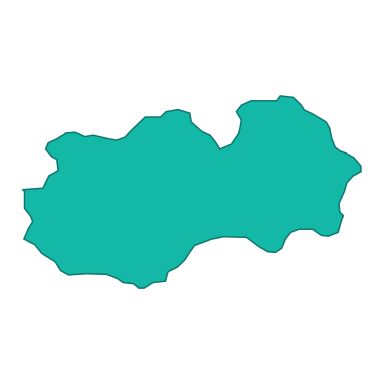 Tingsryd, Kronoberg, Sweden (Natural Earth projection)
{"feature_id": "70781695B44136897167596", "entity_name": "Tingsryd", "entity_type": "district", "adm_level": 2, "iso_a3": "SWE", "parent_name": "Sweden", "parent_adm1": "Kronoberg", "projection": "natural_earth1", "projection_center": [15.01, 56.562], "detail": "fine", "context": "isolated", "style": "filled", "palette": "teal", "viewbox_px": 384, "rotation_deg": 0, "n_neighbors": 0, "source": "geoboundaries", "source_scale": "gbopen_adm2", "svg_char_len": 1349}
<svg xmlns="http://www.w3.org/2000/svg" viewBox="0 0 384 384"><path d="M67.5,274.4L68.4,274.9L86.0,273.7L106.3,274.3L117.8,278.7L123.1,282.5L133.6,283.7L138.9,288.1L144.2,288.1L153.0,282.5L165.4,281.2L168.0,271.8L177.7,266.8L184.8,259.9L190.1,251.7L194.5,245.5L211.3,239.2L223.6,236.7L246.5,237.3L258.9,246.7L267.7,251.7L275.6,252.3L281.8,248.0L285.3,239.2L290.6,232.3L299.4,229.2L312.6,229.2L321.4,235.4L328.5,236.1L338.2,232.3L339.9,226.1L341.7,219.8L343.4,215.6L339.9,212.3L339.0,203.5L344.3,191.7L346.9,182.9L353.0,176.1L361.0,171.7L360.9,166.1L353.9,158.0L345.1,153.0L345.6,152.7L340.3,150.8L335.2,147.0L331.7,138.1L329.6,127.8L326.1,121.9L312.9,114.0L304.5,110.1L301.0,104.7L293.4,97.4L280.2,95.9L276.7,100.8L262.8,100.8L256.9,100.8L251.0,100.8L241.3,105.2L236.4,111.6L241.3,119.9L239.9,128.3L238.5,133.7L231.5,144.0L219.7,148.9L215.5,142.0L210.0,135.2L201.6,131.2L196.1,126.3L191.2,121.9L189.8,113.1L178.0,109.6L166.2,111.6L160.6,117.0L145.3,117.0L131.4,130.3L125.2,137.1L116.8,140.1L107.8,138.6L93.2,135.2L84.8,136.6L75.1,132.2L65.7,132.9L64.2,134.3L55.5,139.4L48.2,142.7L45.6,148.8L51.5,156.8L56.8,159.6L58.1,170.8L48.8,176.0L42.9,188.2L23.0,189.7L24.5,191.5L24.5,208.4L30.9,216.7L32.6,221.7L28.5,228.3L23.9,239.0L27.9,241.1L34.9,244.8L42.0,253.6L55.2,261.8L60.5,270.5L67.5,274.4Z" fill="#14b8a6" stroke="#0f766e" stroke-width="1.5"/></svg>